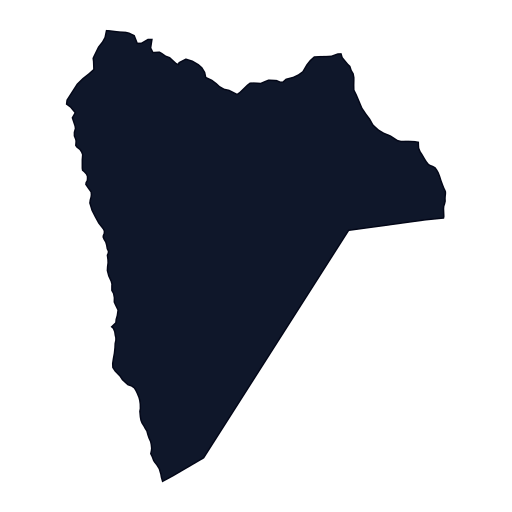 Samrang, Samdrup Jongkhar, Bhutan
{"feature_id": "84629894B7351985376412", "entity_name": "Samrang", "entity_type": "district", "adm_level": 2, "iso_a3": "BTN", "parent_name": "Bhutan", "parent_adm1": "Samdrup Jongkhar", "projection": "albers", "projection_center": [91.824, 26.908], "detail": "fine", "context": "isolated", "style": "filled", "palette": "ink", "viewbox_px": 512, "rotation_deg": 0, "n_neighbors": 0, "source": "geoboundaries", "source_scale": "gbopen_adm2", "svg_char_len": 2901}
<svg xmlns="http://www.w3.org/2000/svg" viewBox="0 0 512 512"><path d="M418.3,142.3L414.7,141.7L408.2,141.4L401.0,141.5L397.4,140.6L390.5,136.1L383.5,133.2L378.4,130.1L374.3,126.4L372.7,124.8L369.6,119.2L365.9,114.3L361.8,108.2L356.2,94.9L353.8,90.1L353.7,85.1L353.8,80.5L353.8,77.6L353.1,73.8L351.1,70.4L349.8,66.4L347.6,64.3L344.3,60.3L342.1,57.6L341.0,53.9L337.8,54.0L331.5,56.3L326.4,56.6L319.9,56.7L314.3,57.0L310.4,60.5L307.0,64.8L302.9,71.8L298.6,74.9L293.4,77.4L286.1,79.3L282.9,82.2L280.2,82.2L276.5,80.6L272.9,80.4L268.6,80.2L265.1,81.6L260.7,83.5L257.8,83.3L253.9,83.1L250.1,83.2L247.5,85.2L240.0,92.5L237.1,94.5L229.0,90.4L224.0,89.3L219.3,86.6L216.2,83.7L211.7,80.3L205.7,77.5L204.6,72.4L201.8,67.8L198.3,64.7L192.3,61.2L185.9,59.2L179.1,62.7L178.4,64.6L176.0,63.6L169.6,57.7L165.5,56.2L161.7,53.5L159.4,52.2L152.9,52.6L150.6,48.0L151.3,43.4L151.9,39.5L148.0,39.5L141.5,43.3L137.2,43.4L134.2,35.7L129.0,33.2L125.6,32.4L120.1,32.1L117.0,31.8L108.9,30.8L106.5,30.7L105.1,37.5L102.7,41.9L98.6,47.1L94.1,56.3L93.2,58.3L93.6,61.5L93.9,69.5L89.0,73.9L83.0,78.6L77.3,84.2L67.1,100.1L66.6,104.1L70.6,107.0L75.3,112.7L72.4,117.8L75.1,125.9L75.5,128.4L74.4,132.3L74.4,135.9L75.7,139.1L76.1,140.9L76.0,143.1L75.8,145.4L77.0,147.1L80.0,149.4L81.7,152.0L82.7,154.6L82.3,159.6L82.3,168.2L82.6,170.2L84.3,171.6L86.5,174.0L87.5,176.3L87.5,178.8L87.3,180.7L86.2,182.5L85.9,184.4L88.5,188.2L89.8,190.0L91.2,192.0L91.4,194.9L91.1,197.1L90.3,200.0L89.9,203.0L92.1,210.3L95.3,216.6L98.8,223.0L103.4,228.9L104.4,230.9L104.3,233.5L103.4,235.5L103.2,237.0L104.1,239.2L105.8,242.0L106.7,245.1L107.3,248.7L108.5,251.2L108.3,253.2L107.4,255.2L108.0,259.7L108.1,262.9L107.6,266.7L107.4,270.5L108.8,275.9L111.2,281.1L112.0,284.0L111.9,285.8L111.9,290.4L113.6,293.4L114.4,297.7L114.3,302.0L115.5,304.7L118.1,310.0L117.9,311.5L117.3,315.6L116.2,319.4L115.9,322.8L111.7,326.8L113.4,328.3L114.8,331.7L115.3,335.2L115.9,337.7L115.9,340.3L115.2,343.5L115.0,347.9L114.4,353.4L113.4,358.8L112.7,363.6L112.9,367.5L115.2,371.0L118.9,374.8L120.0,375.9L122.5,379.7L126.0,382.9L128.0,384.7L131.6,385.9L134.4,387.9L136.0,390.5L137.3,393.2L139.1,397.6L139.8,400.4L140.3,404.0L140.4,408.6L139.9,411.3L140.4,416.9L141.0,420.2L142.1,423.0L144.0,426.0L145.4,428.6L146.9,430.9L148.0,434.9L149.1,438.1L150.7,441.6L151.3,444.5L151.7,448.4L151.4,450.9L150.8,453.7L152.3,456.7L153.7,460.5L154.8,462.2L156.8,464.7L159.3,468.7L160.0,471.1L160.9,474.1L161.4,477.1L162.6,481.3L173.0,475.7L203.6,457.8L240.3,400.2L348.6,230.3L425.4,219.8L443.5,218.0L443.8,216.4L443.5,208.8L443.7,206.2L444.5,203.8L445.1,201.2L445.0,198.4L445.1,196.5L445.4,193.8L445.4,191.9L444.9,190.5L443.8,188.3L442.5,185.0L440.8,180.4L440.0,177.8L439.4,176.0L438.1,172.7L436.7,170.2L435.0,167.8L432.7,166.5L429.6,165.3L428.1,164.2L426.0,161.5L423.7,157.7L421.9,154.6L420.0,151.7L418.6,148.2L418.4,145.5L418.3,142.3Z" fill="#0f172a" stroke="#020617" stroke-width="1.5"/></svg>